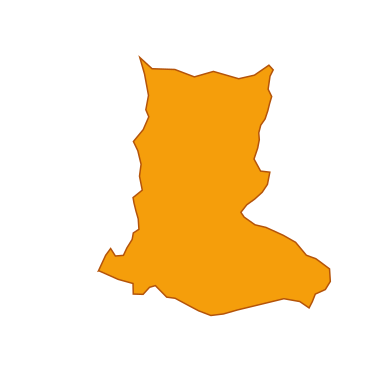 Potamiou, Limassol, Cyprus (Mercator projection), rotated 344°
{"feature_id": "46923920B54704702954379", "entity_name": "Potamiou", "entity_type": "district", "adm_level": 2, "iso_a3": "CYP", "parent_name": "Cyprus", "parent_adm1": "Limassol", "projection": "mercator", "projection_center": [32.807, 34.822], "detail": "fine", "context": "isolated", "style": "filled", "palette": "amber", "viewbox_px": 384, "rotation_deg": 344, "n_neighbors": 0, "source": "geoboundaries", "source_scale": "gbopen_adm2", "svg_char_len": 1137}
<svg xmlns="http://www.w3.org/2000/svg" viewBox="0 0 384 384"><g transform="rotate(344 192 192)"><path d="M178.9,48.3L178.9,65.5L176.8,87.2L170.3,100.2L171.2,107.8L162.3,118.6L149.6,127.3L151.3,137.4L150.7,151.3L145.9,162.3L144.7,176.5L133.8,181.1L133.2,186.6L132.9,194.9L132.9,203.0L130.7,213.2L124.3,215.2L121.4,221.1L114.0,227.8L108.6,234.0L100.7,232.4L98.2,223.9L91.6,229.0L83.9,237.9L80.3,242.1L80.8,242.1L96.9,255.6L110.1,263.7L107.4,273.9L116.8,276.9L124.9,271.9L131.0,271.9L138.7,286.1L146.5,289.5L157.9,300.6L165.7,308.1L176.1,315.9L188.6,317.9L203.0,317.9L226.6,318.9L250.9,319.9L265.4,327.0L272.6,335.7L277.4,330.6L282.4,324.1L293.3,322.5L300.3,316.1L303.0,303.8L292.8,290.4L284.5,284.3L277.7,268.9L267.7,258.7L253.3,246.4L243.5,240.9L235.2,230.5L233.4,225.0L241.1,219.4L250.5,216.0L259.4,211.6L266.6,205.5L272.3,194.4L263.7,190.8L260.7,177.4L267.3,167.8L271.1,160.3L272.5,153.5L276.5,146.7L282.4,141.9L287.2,134.9L291.0,128.3L294.9,122.2L293.5,114.2L298.9,102.2L303.7,97.0L300.9,91.3L284.2,96.9L268.1,96.0L245.8,82.0L226.0,82.0L209.3,69.5L187.6,62.5L178.9,48.3Z" fill="#f59e0b" stroke="#b45309" stroke-width="1.5"/></g></svg>